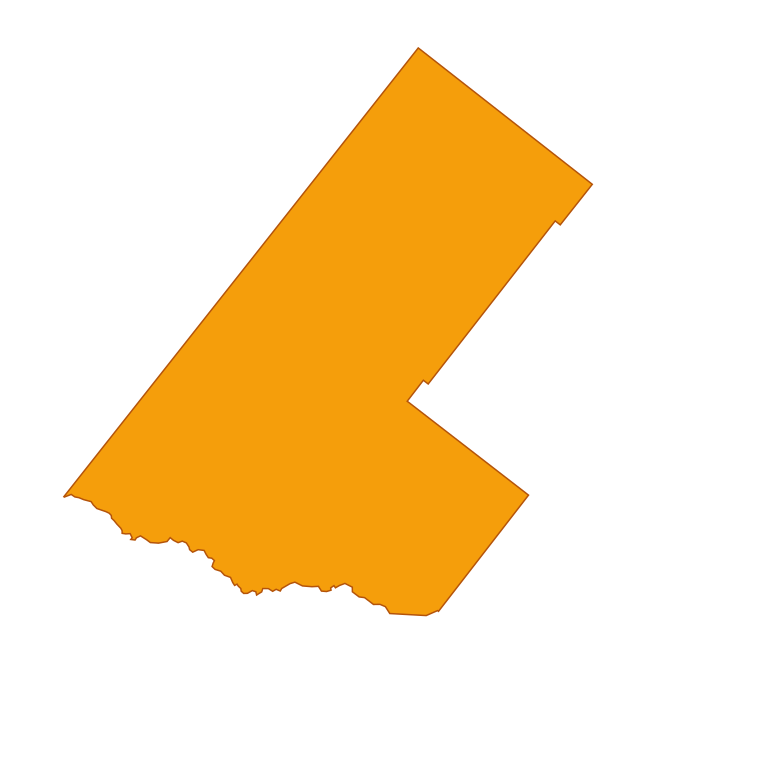 Ziebach, South Dakota, United States of America, rotated 38°
{"feature_id": "52423323B99291223810848", "entity_name": "Ziebach", "entity_type": "district", "adm_level": 2, "iso_a3": "USA", "parent_name": "United States of America", "parent_adm1": "South Dakota", "projection": "orthographic", "projection_center": [-101.612, 44.992], "detail": "fine", "context": "isolated", "style": "filled", "palette": "amber", "viewbox_px": 768, "rotation_deg": 38, "n_neighbors": 0, "source": "geoboundaries", "source_scale": "gbopen_adm2", "svg_char_len": 1392}
<svg xmlns="http://www.w3.org/2000/svg" viewBox="0 0 768 768"><g transform="rotate(38 384 384)"><path d="M202.8,356.5L201.1,669.9L201.7,669.9L205.5,663.6L209.9,663.3L213.6,661.4L218.6,660.0L225.6,657.0L229.5,658.3L234.4,658.9L238.5,657.5L243.4,655.8L247.0,655.0L250.0,655.5L252.0,657.5L255.3,657.8L260.0,658.9L265.4,659.7L267.9,660.8L269.6,662.9L272.8,661.1L276.1,658.2L280.2,660.2L280.2,662.4L283.9,660.2L283.6,657.6L285.6,653.6L292.7,652.9L297.5,652.8L304.3,648.2L310.0,641.7L310.1,636.7L314.3,636.8L319.4,635.8L321.8,632.0L326.1,630.9L330.7,632.5L332.8,634.2L336.8,634.3L339.5,629.0L344.7,625.9L348.8,627.8L352.5,629.0L355.5,627.3L359.1,627.6L359.6,630.2L360.9,633.7L365.0,634.1L370.6,632.0L376.0,632.9L382.1,630.9L387.1,633.6L390.3,634.7L391.4,632.2L393.7,633.0L397.0,633.3L399.1,635.2L402.4,635.4L405.3,633.0L407.4,627.9L410.9,626.6L413.5,628.7L415.6,623.1L414.4,619.8L418.9,616.4L423.9,615.9L425.4,612.2L429.7,611.0L429.3,608.1L432.9,599.1L435.8,595.0L444.1,593.3L452.0,588.1L456.9,583.8L462.2,585.7L466.5,582.9L469.2,579.1L467.5,577.5L468.7,573.7L471.2,574.5L473.0,570.1L476.0,565.2L484.1,563.6L487.0,567.2L495.5,567.1L500.2,564.3L511.4,564.2L516.5,560.1L522.2,558.6L529.9,561.3L559.8,540.5L565.7,529.6L566.9,529.6L566.3,382.6L412.9,383.3L412.7,356.8L418.8,356.8L418.5,150.1L424.9,150.1L425.2,98.4L204.1,98.1L202.8,356.5Z" fill="#f59e0b" stroke="#b45309" stroke-width="1.5"/></g></svg>